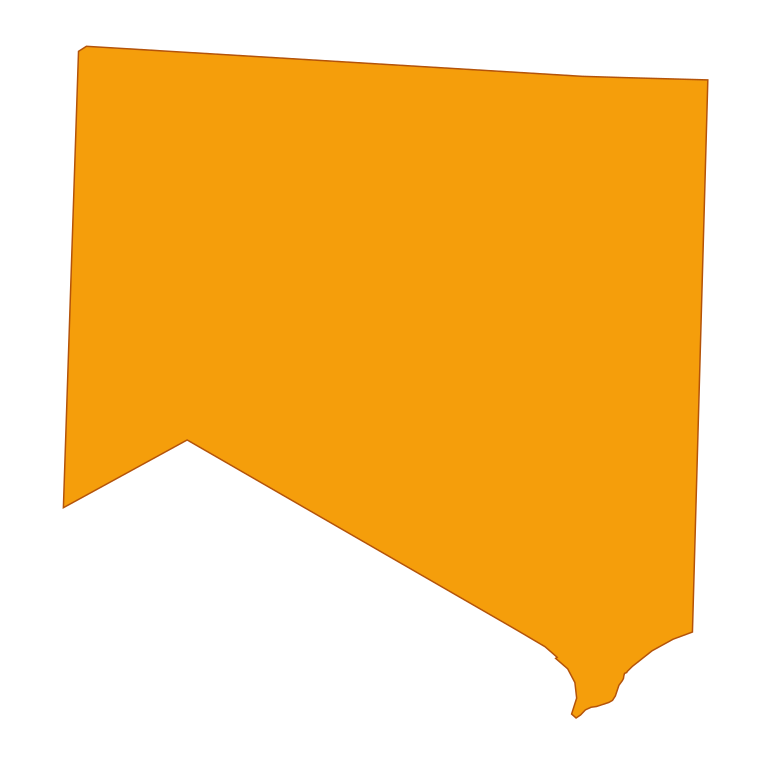 the Region of Inchiri, rotated 272°
{"feature_id": "MRT-2786", "entity_name": "Inchiri", "entity_type": "Region", "adm_level": 1, "iso_a3": "MRT", "parent_name": "Mauritania", "parent_adm1": "", "projection": "albers", "projection_center": [-15.985, 20.073], "detail": "fine", "context": "isolated", "style": "filled", "palette": "amber", "viewbox_px": 768, "rotation_deg": 272, "n_neighbors": 0, "source": "natural_earth", "source_scale": "10m", "svg_char_len": 586}
<svg xmlns="http://www.w3.org/2000/svg" viewBox="0 0 768 768"><g transform="rotate(272 384 384)"><path d="M146.9,700.9L139.0,681.7L126.8,661.3L110.5,642.1L105.3,637.2L104.1,636.6L103.2,634.5L100.9,633.9L98.1,633.6L95.8,632.5L91.1,629.3L80.3,626.1L75.8,623.4L73.7,620.0L69.1,607.6L68.2,602.3L65.4,596.7L60.1,592.0L56.9,587.6L60.7,583.0L76.8,587.5L92.3,585.2L105.8,577.5L115.8,565.1L116.9,566.6L127.0,554.2L142.4,525.9L321.2,189.2L249.2,67.9L705.8,67.1L711.1,74.8L698.4,571.3L698.6,615.9L699.2,697.0L688.0,697.1L146.9,700.9Z" fill="#f59e0b" stroke="#b45309" stroke-width="1.5"/></g></svg>